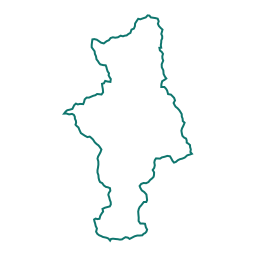 outline of Dom Joaquim, Minas Gerais, Brazil
{"feature_id": "56859067B12051432209613", "entity_name": "Dom Joaquim", "entity_type": "district", "adm_level": 2, "iso_a3": "BRA", "parent_name": "Brazil", "parent_adm1": "Minas Gerais", "projection": "robinson", "projection_center": [-43.263, -18.933], "detail": "fine", "context": "isolated", "style": "outline", "palette": "teal", "viewbox_px": 256, "rotation_deg": 0, "n_neighbors": 0, "source": "geoboundaries", "source_scale": "gbopen_adm2", "svg_char_len": 3433}
<svg xmlns="http://www.w3.org/2000/svg" viewBox="0 0 256 256"><path d="M102.0,83.8L102.3,86.4L102.8,88.9L103.1,92.3L101.5,94.5L99.0,94.2L97.1,94.0L95.4,95.2L93.2,95.8L91.1,96.7L89.0,97.6L86.6,97.6L84.7,99.4L84.1,101.9L83.2,104.1L80.0,103.9L77.8,104.4L75.9,103.6L74.2,105.2L72.4,108.9L69.7,109.7L67.3,110.2L65.7,111.5L64.1,113.6L66.4,113.5L69.1,114.4L72.0,113.9L73.8,114.8L74.8,116.7L74.9,118.7L75.9,120.8L76.1,122.8L75.5,124.7L76.8,126.1L78.4,127.4L79.6,130.3L80.9,133.1L82.7,134.3L84.8,135.7L87.4,137.1L89.7,136.6L91.1,137.7L93.0,139.5L94.8,142.3L96.7,144.1L98.4,145.3L99.7,146.9L101.4,149.5L100.5,152.1L99.3,154.4L98.1,156.5L97.5,158.7L98.3,161.3L98.4,164.6L98.0,167.6L97.5,170.1L97.5,172.6L98.4,175.1L98.6,177.9L99.2,180.3L100.1,182.1L102.2,183.1L103.9,185.5L105.9,186.9L107.9,187.3L110.0,188.2L110.3,190.8L108.9,192.8L108.3,194.8L109.2,197.4L109.8,199.8L110.7,202.1L110.8,204.5L109.8,206.4L107.6,207.0L105.0,207.7L102.5,208.9L103.1,211.6L101.8,213.3L100.3,215.8L99.5,218.8L97.4,219.1L95.6,218.6L94.1,219.5L94.5,221.5L95.1,223.3L95.7,226.0L96.9,228.5L96.1,231.7L97.3,233.8L99.2,235.3L100.8,235.9L103.0,237.0L105.0,237.4L106.7,237.8L108.5,238.6L110.1,240.6L111.0,239.0L113.0,238.7L115.5,239.0L117.8,239.2L119.9,239.6L122.0,239.4L123.6,238.3L125.5,237.2L127.8,237.6L129.6,238.9L131.9,237.7L134.6,236.3L137.4,235.5L140.1,235.5L142.3,235.3L143.5,233.9L145.1,233.1L146.4,231.7L147.1,229.6L145.9,227.4L145.0,223.8L142.7,223.5L140.3,223.5L138.6,221.0L138.7,217.6L138.4,214.4L138.2,211.5L138.8,208.9L139.7,207.0L141.1,205.5L142.5,203.7L143.8,202.0L146.3,202.0L147.1,200.1L146.8,197.7L146.4,194.5L144.3,192.1L141.8,190.4L140.5,188.2L139.6,186.0L141.2,183.9L143.6,183.0L146.1,183.2L148.4,182.1L150.2,179.9L152.1,178.4L153.6,176.8L154.0,174.9L154.1,172.4L152.7,170.0L154.2,167.9L154.8,165.3L154.3,162.4L154.8,160.2L156.0,158.4L157.8,158.5L160.1,158.6L161.9,157.4L164.5,156.8L167.3,155.9L170.0,156.3L171.4,158.7L172.5,160.8L174.0,162.6L175.9,161.9L177.9,160.2L179.9,159.2L182.3,158.6L184.7,157.6L187.3,155.3L190.0,154.5L191.9,153.8L190.4,152.0L190.8,149.4L190.1,147.1L190.0,145.1L188.4,143.7L186.7,142.6L186.7,140.6L186.1,138.6L184.0,137.5L182.4,135.8L181.8,133.2L181.4,130.7L182.0,128.4L183.0,126.5L183.9,124.5L184.6,122.7L182.8,121.1L182.6,118.6L181.8,116.6L181.7,114.1L180.5,112.1L179.3,110.2L177.5,108.2L175.6,106.7L174.6,105.1L173.6,103.0L175.0,100.4L174.1,97.9L172.6,96.3L170.9,94.6L168.1,94.1L167.1,90.5L166.0,88.7L164.4,87.0L161.3,87.0L161.4,84.1L162.2,81.2L164.7,79.7L166.3,78.5L164.9,76.6L163.6,74.0L163.3,70.3L161.8,67.3L161.7,64.2L163.2,60.7L162.4,58.3L162.3,56.2L163.0,53.9L161.9,52.1L159.9,50.4L159.4,47.8L161.2,47.7L160.8,45.1L161.2,42.6L161.3,40.3L162.2,38.4L162.2,36.1L161.3,34.0L161.9,31.9L162.5,29.6L160.7,28.0L158.9,26.0L157.9,23.8L158.7,21.3L157.7,18.7L155.5,18.1L153.5,17.8L150.8,17.4L149.4,15.6L147.6,15.4L145.8,17.4L142.8,18.4L140.3,19.3L138.2,18.8L136.5,21.3L135.1,23.5L134.9,26.2L133.9,28.6L131.5,29.6L130.4,32.9L128.4,34.0L126.7,35.4L124.6,35.7L123.0,36.3L120.6,35.7L117.9,37.3L115.2,37.7L112.9,37.3L110.6,38.0L108.9,40.2L106.6,41.2L103.8,43.4L101.1,42.7L99.0,41.2L96.8,39.7L94.3,39.1L92.4,39.4L92.0,42.2L91.7,44.9L91.7,47.3L93.2,49.4L94.6,51.3L94.9,53.9L96.0,56.3L96.5,59.3L98.0,61.2L99.0,62.9L100.3,64.4L103.2,65.1L105.7,65.3L106.4,67.1L106.9,69.2L107.7,71.5L109.0,73.3L108.6,75.3L109.7,77.4L110.8,79.0L110.4,81.9L107.4,81.5L105.2,80.9L103.9,83.3L102.0,83.8Z" fill="none" stroke="#0f766e" stroke-width="2"/></svg>